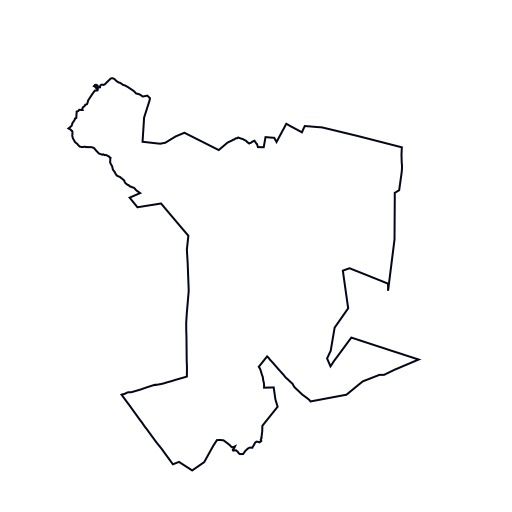 Amatenango del Valle, Chiapas, Mexico (Albers equal-area conic projection), rotated 80°
{"feature_id": "50627088B92291205530410", "entity_name": "Amatenango del Valle", "entity_type": "district", "adm_level": 2, "iso_a3": "MEX", "parent_name": "Mexico", "parent_adm1": "Chiapas", "projection": "albers", "projection_center": [-92.415, 16.516], "detail": "fine", "context": "isolated", "style": "outline", "palette": "ink", "viewbox_px": 512, "rotation_deg": 80, "n_neighbors": 0, "source": "geoboundaries", "source_scale": "gbopen_adm2", "svg_char_len": 5971}
<svg xmlns="http://www.w3.org/2000/svg" viewBox="0 0 512 512"><g transform="rotate(80 256 256)"><path d="M386.2,113.8L380.0,125.5L376.4,132.2L372.9,138.9L369.1,145.9L365.2,153.3L361.6,160.0L352.9,176.3L356.5,180.1L363.1,187.0L370.5,194.8L373.1,197.6L376.6,200.8L377.6,201.8L369.2,203.8L367.7,202.7L362.3,198.9L340.2,191.0L323.5,174.3L317.1,174.1L293.2,173.3L285.5,173.0L284.3,166.0L306.2,130.7L313.2,132.0L263.7,116.7L222.6,109.2L217.9,108.4L216.1,103.6L200.1,98.4L198.1,97.8L196.7,97.4L192.4,96.5L191.7,96.5L188.8,96.2L181.3,95.1L176.0,93.9L174.3,93.5L155.8,134.3L143.0,163.6L140.7,169.0L139.7,173.1L138.9,176.1L138.1,179.2L137.9,179.7L137.7,180.6L137.5,181.3L137.1,183.2L137.0,183.3L136.5,185.4L137.8,186.3L138.2,186.6L138.6,186.9L142.2,189.3L138.4,194.0L137.8,194.9L137.4,195.3L137.1,195.7L137.0,195.9L136.5,196.5L135.9,197.2L134.8,198.7L134.6,198.9L134.2,199.4L133.8,199.9L133.3,200.5L132.5,201.4L132.2,201.8L131.4,202.9L131.1,203.2L132.1,204.1L133.2,204.9L134.4,205.8L135.3,206.5L136.5,207.5L137.9,208.6L139.1,209.5L140.2,210.4L147.3,216.0L142.8,217.5L141.3,223.3L141.2,223.6L141.1,223.8L140.6,226.0L150.2,229.5L149.1,235.2L146.0,235.6L145.4,236.1L142.2,237.5L142.4,238.4L142.7,239.5L142.9,240.0L143.2,240.4L143.6,241.3L143.8,242.9L144.0,243.2L143.2,244.0L142.3,244.9L141.1,245.5L139.6,247.4L138.8,248.4L138.4,249.0L138.0,249.8L137.7,250.5L137.5,250.8L136.8,252.0L136.2,253.0L136.5,253.6L136.7,253.8L136.8,254.1L136.7,254.7L136.6,255.3L136.8,255.7L136.9,256.1L137.0,256.3L137.4,257.0L137.5,257.1L137.5,258.4L137.8,258.7L139.4,264.4L145.2,274.3L134.5,288.6L132.5,291.3L122.2,305.1L124.3,314.4L128.7,325.6L128.8,330.8L128.4,332.3L123.8,347.9L104.2,343.1L100.6,342.3L99.0,341.5L84.3,333.8L82.2,333.0L79.2,335.2L79.3,339.8L77.0,342.2L75.8,343.9L75.8,344.4L75.5,345.0L75.2,345.7L74.8,346.1L74.3,346.4L73.8,346.7L72.9,347.3L72.0,348.0L68.1,352.1L67.4,352.8L66.8,353.5L66.3,354.3L65.7,354.9L65.3,355.4L64.8,356.3L64.5,357.1L64.1,357.6L63.2,358.3L62.6,359.0L61.8,359.8L61.5,360.6L61.3,361.2L60.7,361.6L60.0,362.6L59.6,362.8L58.5,363.8L57.7,364.2L56.4,365.6L56.2,366.2L55.9,367.0L55.9,367.6L56.1,368.4L59.4,373.3L60.4,374.6L60.9,375.8L61.1,376.3L60.8,377.0L60.5,377.8L60.5,378.6L60.7,379.1L61.1,379.7L61.7,380.0L62.8,380.3L62.8,381.3L61.8,382.3L60.8,382.4L60.1,383.0L59.6,383.8L59.6,384.9L60.6,386.1L61.5,384.9L61.9,384.2L62.3,384.2L62.6,384.4L63.0,384.2L63.4,383.6L63.8,382.9L64.7,382.9L65.4,383.4L65.1,385.9L67.5,388.5L73.5,394.2L75.9,395.3L77.1,396.1L77.3,396.7L77.4,397.9L78.6,398.8L79.6,400.8L81.0,401.5L82.1,401.4L82.0,402.1L81.3,404.7L82.4,405.9L82.6,407.5L88.8,409.0L89.0,409.4L89.0,410.1L89.2,410.4L89.6,410.5L90.0,410.6L91.5,412.0L92.0,412.4L92.7,413.2L93.5,413.9L94.4,414.2L95.3,414.7L96.0,415.2L96.4,416.0L96.5,416.3L97.0,416.9L97.8,418.5L98.7,417.4L99.3,416.7L99.6,416.4L100.4,416.1L100.9,415.6L100.9,415.4L101.5,415.2L102.0,415.2L102.6,415.3L103.5,415.6L104.3,415.6L105.0,415.9L105.7,416.1L106.8,416.0L108.2,415.9L112.5,414.4L113.3,413.7L113.9,413.1L114.5,412.6L115.5,412.0L116.6,411.4L117.7,410.5L118.3,409.0L118.7,407.5L118.6,406.7L118.6,405.7L118.8,405.3L119.0,404.8L119.2,404.7L119.3,404.1L119.4,403.6L119.4,403.0L119.7,402.3L119.7,401.6L119.9,401.1L120.0,400.2L120.2,399.4L120.3,398.9L120.8,398.1L121.3,397.2L122.2,396.3L122.8,396.1L124.3,395.2L127.8,392.9L129.4,390.0L129.6,389.5L129.4,389.2L129.3,388.9L129.5,388.6L130.0,388.0L130.3,387.7L130.3,387.3L130.6,386.0L131.9,384.3L132.7,383.2L133.4,383.1L134.1,382.2L134.7,382.5L135.2,382.7L135.8,382.8L136.3,382.9L137.0,383.0L138.2,383.4L140.0,383.1L142.6,382.1L146.1,381.9L148.8,380.6L150.7,380.0L152.5,379.2L153.7,377.7L154.4,376.4L156.2,374.8L158.5,372.9L158.9,372.6L159.5,372.6L160.0,372.6L161.2,372.1L162.0,371.6L162.2,371.3L163.0,370.7L163.3,370.4L163.8,369.9L163.9,369.5L164.2,369.0L164.9,368.7L165.5,368.2L165.6,367.8L165.7,367.5L166.2,367.1L166.3,366.5L166.9,366.0L167.1,365.4L167.4,364.6L168.1,364.0L168.7,363.6L169.0,363.4L169.5,363.2L170.1,362.8L171.1,362.0L173.9,359.2L176.6,370.3L187.4,364.3L187.8,340.4L192.8,337.5L215.5,324.3L224.3,319.1L237.8,323.0L250.9,324.5L278.6,328.3L300.8,334.2L309.5,336.3L312.3,336.8L317.1,337.6L324.0,338.6L348.1,342.6L350.1,342.8L354.6,343.5L362.7,345.0L363.1,348.1L364.0,356.9L364.5,360.4L364.9,364.7L365.0,365.8L365.5,369.5L365.5,370.4L365.6,371.7L365.6,372.9L365.6,377.2L365.6,377.5L365.3,377.5L365.3,378.0L365.4,379.2L366.3,385.8L367.0,390.2L367.4,392.4L368.4,401.5L368.5,402.5L368.3,403.7L368.1,404.4L368.1,405.7L368.1,406.4L368.5,407.5L368.5,408.1L369.0,409.2L369.1,411.9L369.2,412.5L378.1,408.1L379.8,407.2L397.6,398.6L400.0,397.3L400.4,397.1L401.6,396.6L405.7,394.7L406.6,394.1L414.4,390.3L422.5,386.3L427.9,383.3L429.5,382.4L434.5,380.0L446.7,374.0L445.4,367.6L456.1,356.1L450.0,342.8L441.1,335.6L435.3,330.9L430.5,326.4L431.0,323.0L431.9,320.0L435.5,316.6L437.2,315.1L437.9,314.5L439.0,313.9L440.1,312.9L440.2,312.1L440.2,311.2L439.8,309.7L441.1,310.6L441.8,311.4L442.8,312.5L443.7,312.2L443.7,310.6L443.9,309.4L445.7,308.0L447.6,307.0L448.3,306.2L448.6,304.4L448.8,303.1L445.8,300.0L444.2,297.4L443.6,295.3L444.2,292.9L443.3,292.3L442.2,291.2L440.9,290.2L439.6,289.2L438.9,287.7L439.5,285.9L440.1,284.9L439.5,283.6L439.4,283.4L439.1,282.9L438.9,282.9L438.6,283.0L437.9,283.3L437.3,282.9L436.6,282.3L435.9,282.4L435.6,282.0L435.0,281.9L429.7,280.3L424.3,279.2L408.2,260.9L400.4,261.8L388.5,261.4L387.1,270.9L384.8,270.5L382.7,270.3L378.8,270.5L377.7,270.4L376.6,270.3L374.4,270.7L371.5,271.1L369.3,271.3L367.3,271.7L366.7,272.1L366.0,272.3L365.6,272.5L356.8,262.5L358.2,261.5L359.1,260.9L359.8,260.7L365.1,257.3L365.3,257.2L371.8,253.3L378.0,249.4L380.5,248.1L381.5,247.4L382.2,246.8L382.9,246.2L383.3,245.9L384.0,245.4L384.5,245.0L385.5,244.3L386.2,243.8L387.6,242.6L388.7,242.0L389.5,241.8L390.3,241.5L391.0,241.3L392.3,240.6L397.5,236.7L400.4,234.6L403.3,231.8L406.7,228.7L408.7,227.6L408.3,191.0L400.3,176.8L398.0,172.6L394.5,155.1L395.3,150.6L391.9,138.7L391.3,135.7L389.9,129.9L386.2,113.8Z" fill="none" stroke="#020617" stroke-width="2"/></g></svg>